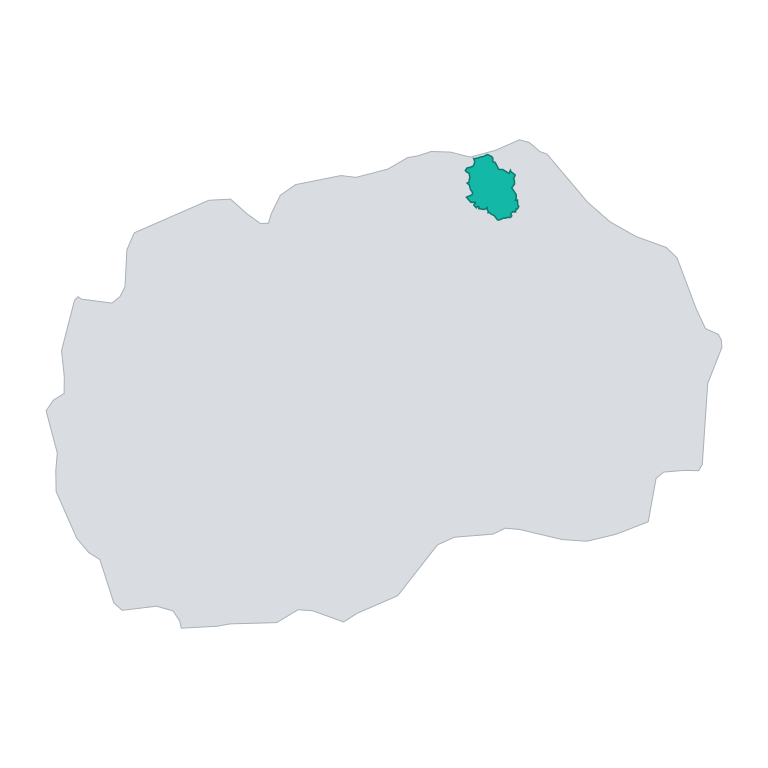 Rankovtse, Rankovce, North Macedonia shown in context
{"feature_id": "65306769B9482621128818", "entity_name": "Rankovtse", "entity_type": "district", "adm_level": 2, "iso_a3": "MKD", "parent_name": "North Macedonia", "parent_adm1": "Rankovce", "projection": "robinson", "projection_center": [22.13, 42.211], "detail": "fine", "context": "in_parent", "style": "filled", "palette": "teal", "viewbox_px": 768, "rotation_deg": 0, "n_neighbors": 0, "source": "geoboundaries", "source_scale": "gbopen_adm2", "svg_char_len": 2208}
<svg xmlns="http://www.w3.org/2000/svg" viewBox="0 0 768 768"><path d="M341.2,175.6L355.9,177.4L387.8,169.1L407.6,157.6L417.7,155.9L431.2,151.5L450.5,152.1L470.1,157.1L495.0,150.5L519.5,139.8L529.3,142.5L540.0,151.6L547.0,154.1L587.7,202.3L610.0,221.8L636.2,236.6L666.3,247.5L677.0,257.8L696.3,309.1L705.5,328.6L718.3,334.4L721.3,340.0L721.9,347.4L707.7,383.5L702.3,464.3L698.7,470.7L683.7,470.4L663.7,472.1L656.1,478.3L648.2,521.8L616.1,534.2L587.0,541.2L562.4,539.6L519.2,529.4L505.1,528.2L493.0,534.1L454.4,537.2L437.5,544.8L397.7,595.7L357.3,613.2L343.6,622.0L312.8,610.8L298.1,609.7L276.7,622.6L229.9,623.9L217.3,626.2L181.3,628.2L179.8,621.2L173.2,611.0L156.4,606.2L122.1,610.3L113.8,602.8L99.9,559.6L88.9,552.7L76.7,538.2L56.1,491.3L55.8,470.8L57.3,452.9L46.1,410.8L53.3,400.2L64.1,393.5L64.3,376.5L61.5,350.8L74.5,300.3L78.0,296.7L81.2,299.1L111.9,303.1L119.9,296.7L125.0,286.8L126.9,249.8L134.3,232.8L208.7,200.3L230.5,199.1L247.2,214.0L260.4,223.5L268.4,223.3L271.3,213.6L280.4,195.2L295.6,184.6L340.8,175.6L341.2,175.6Z" fill="#d9dde1" stroke="#a8b0b8" stroke-width="1"/><path d="M515.6,211.6L516.1,209.1L517.4,209.0L518.8,206.4L517.7,204.9L517.5,200.0L515.5,200.4L516.3,197.7L516.2,194.6L511.7,187.7L514.5,184.2L514.4,180.4L513.6,178.9L515.2,175.0L511.1,171.8L510.4,170.2L509.1,173.4L502.7,169.5L498.9,169.5L495.1,162.3L492.9,161.9L492.8,158.0L491.4,156.3L489.9,155.8L489.4,155.6L488.9,155.0L487.7,154.7L486.7,154.6L486.1,155.1L485.6,155.5L485.2,155.7L482.9,156.6L481.1,156.9L480.2,157.1L477.8,158.0L474.9,158.6L474.0,158.7L473.7,158.6L474.7,161.4L474.1,164.3L472.7,166.5L471.5,166.6L470.2,167.7L469.6,167.3L466.9,168.1L465.3,170.5L466.4,171.9L469.0,173.1L470.0,178.2L469.3,179.0L468.9,182.3L467.1,183.1L469.4,185.1L470.5,189.7L472.1,191.7L472.5,193.3L472.0,194.8L466.4,197.2L470.8,202.3L475.4,202.3L475.6,203.0L474.6,203.5L473.8,205.1L476.2,207.8L478.0,206.2L479.1,207.1L478.7,208.6L484.3,209.5L487.2,207.6L487.1,209.8L488.4,211.4L488.0,212.7L489.8,212.7L490.7,213.9L494.2,215.6L497.6,220.0L499.2,220.0L503.5,218.1L506.1,218.1L506.8,217.5L510.6,217.4L511.8,215.8L510.5,214.2L510.9,213.5L513.0,211.5L514.4,212.1L515.2,211.1L515.6,211.6Z" fill="#14b8a6" stroke="#0f766e" stroke-width="1.5"/></svg>